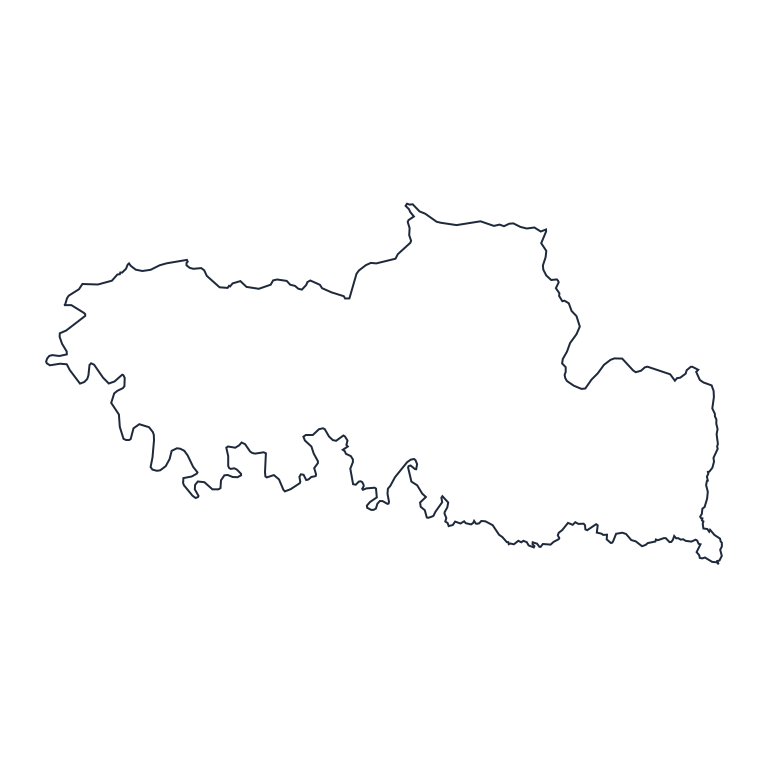 outline of Chililabombwe, Copperbelt, Zambia
{"feature_id": "96606910B40420728980339", "entity_name": "Chililabombwe", "entity_type": "district", "adm_level": 2, "iso_a3": "ZMB", "parent_name": "Zambia", "parent_adm1": "Copperbelt", "projection": "robinson", "projection_center": [27.886, -12.358], "detail": "fine", "context": "isolated", "style": "outline", "palette": "slate", "viewbox_px": 768, "rotation_deg": 0, "n_neighbors": 0, "source": "geoboundaries", "source_scale": "gbopen_adm2", "svg_char_len": 6093}
<svg xmlns="http://www.w3.org/2000/svg" viewBox="0 0 768 768"><path d="M698.2,369.8L692.4,366.8L690.8,366.8L686.7,370.2L685.6,373.7L680.2,377.7L677.1,378.1L674.9,380.7L670.2,374.3L647.5,366.7L644.9,367.3L640.9,370.8L635.7,372.2L633.2,370.5L622.2,358.6L614.4,358.4L610.6,359.8L604.0,364.8L597.8,373.3L591.5,379.6L585.3,388.5L581.5,388.9L573.8,385.7L566.9,381.0L565.3,378.2L564.6,374.9L565.7,371.9L565.7,367.2L562.1,363.4L562.8,359.0L567.0,351.6L570.1,343.0L576.5,334.2L579.8,326.6L576.5,316.1L571.6,311.0L568.8,303.3L564.5,300.7L562.3,301.2L559.1,295.9L559.4,293.3L555.9,288.2L558.7,282.3L558.0,280.7L556.8,279.4L551.2,280.0L546.3,275.5L543.3,269.7L542.9,265.4L545.6,257.3L546.3,250.9L541.2,243.2L546.1,231.5L546.0,229.5L540.7,231.5L534.4,227.5L526.7,228.5L520.4,226.9L513.4,223.4L509.3,223.7L504.0,226.2L499.6,224.6L493.9,225.9L480.5,221.3L456.6,225.1L441.1,222.8L436.7,221.8L425.2,213.7L419.5,211.4L412.7,204.3L409.6,204.6L407.0,203.7L405.6,205.9L409.0,209.2L410.2,212.0L413.9,216.5L408.6,220.0L407.7,222.0L409.6,228.1L409.2,235.2L411.1,240.8L410.3,242.8L397.8,254.2L395.5,258.7L376.3,263.4L370.8,262.9L365.8,265.2L359.0,270.4L356.5,273.8L349.4,298.4L345.1,298.5L343.8,296.2L331.6,292.4L322.1,288.2L319.9,284.8L310.3,280.5L307.4,282.1L306.2,285.0L301.9,289.6L298.4,288.8L295.0,285.9L290.2,284.7L286.7,280.9L277.1,279.5L273.1,280.4L270.7,284.7L258.8,288.8L246.5,286.9L240.4,281.1L232.6,283.4L230.1,286.4L229.1,285.8L227.6,287.9L219.6,287.3L206.8,275.9L204.2,270.3L201.2,268.1L193.4,268.8L189.8,267.9L186.5,265.3L186.5,263.0L187.7,261.7L186.9,259.9L166.7,263.3L159.6,265.3L150.6,269.8L142.4,271.0L135.8,269.7L130.7,265.8L129.0,263.4L127.7,264.6L126.0,268.8L122.1,272.6L120.3,272.5L119.8,274.2L117.4,274.5L111.9,280.7L97.9,284.5L82.4,284.0L79.0,289.2L68.7,295.7L67.0,298.3L65.1,304.7L64.0,305.1L71.3,305.1L83.9,312.9L85.2,314.1L85.2,315.9L66.2,330.5L59.8,333.3L59.6,336.7L62.0,343.7L66.7,351.5L66.8,354.4L59.3,356.0L52.4,355.1L49.3,355.9L47.1,358.6L46.1,361.7L46.9,363.4L49.9,365.3L60.1,363.7L66.8,364.3L69.8,370.1L80.0,383.6L84.3,382.0L87.2,379.0L88.4,375.5L89.5,365.0L91.1,363.3L94.1,364.7L103.0,377.6L108.8,383.5L114.5,381.5L122.2,374.7L123.3,375.1L124.7,377.9L124.4,386.3L122.8,388.2L117.4,390.8L114.2,393.4L111.2,402.9L118.9,414.5L119.8,426.9L123.5,438.8L126.0,440.0L129.2,440.0L130.7,439.0L133.5,428.3L139.3,424.2L149.0,427.2L152.8,432.0L153.8,434.8L154.0,440.3L152.5,457.4L150.6,467.0L152.4,469.6L156.9,470.8L160.2,470.3L165.7,466.2L169.6,459.1L171.7,450.8L176.9,448.3L180.2,448.7L184.3,450.8L187.7,455.5L193.1,466.8L197.5,472.4L196.7,473.7L191.7,476.5L183.4,478.1L183.1,483.0L183.9,485.2L192.4,495.6L195.6,498.0L198.1,497.0L198.5,495.9L194.8,489.3L195.1,484.9L197.8,481.5L204.4,482.2L212.4,489.3L218.5,489.3L220.5,488.1L221.0,480.3L224.4,475.3L227.7,475.0L232.7,477.0L237.5,477.2L241.1,475.3L241.0,473.8L236.9,469.6L234.3,468.3L230.7,468.9L229.2,468.1L228.2,466.0L228.2,456.2L226.3,447.7L228.0,446.5L235.3,447.7L239.2,445.3L241.6,442.5L245.1,444.2L250.1,451.5L252.3,453.0L255.1,453.6L263.7,452.3L265.9,453.3L265.0,472.2L265.4,476.4L266.7,477.4L273.9,475.1L279.0,479.4L283.4,489.8L284.9,491.4L290.6,489.2L299.8,483.2L300.3,481.6L299.4,476.9L300.9,474.3L303.6,474.8L306.2,480.0L308.4,479.5L311.3,477.0L315.6,476.1L316.1,474.5L314.2,468.1L317.9,463.1L317.9,461.2L313.7,453.5L311.4,446.5L304.9,440.5L303.4,436.7L305.8,435.0L312.8,435.0L319.0,429.2L323.0,428.3L324.7,429.1L329.0,436.5L332.8,440.1L336.1,440.8L343.4,435.5L345.0,436.5L347.5,440.6L346.4,444.9L347.8,446.5L342.8,449.8L344.8,451.2L345.9,453.8L350.8,456.1L352.9,459.4L352.9,462.1L350.3,468.7L353.1,484.2L355.8,484.7L358.8,481.6L360.6,481.3L362.1,482.0L363.5,484.5L363.7,486.2L362.2,488.8L362.9,489.8L366.4,488.4L374.7,487.7L376.0,488.6L376.8,497.4L370.0,502.0L366.9,505.6L367.2,507.8L371.2,509.9L373.5,509.9L375.9,508.6L377.4,503.7L379.9,501.0L382.6,501.1L387.5,503.9L388.6,503.5L389.0,501.8L387.5,493.8L387.9,488.7L390.3,485.9L395.0,477.2L407.2,462.1L410.9,459.6L414.1,459.0L415.5,460.2L417.1,464.1L416.2,469.2L415.0,469.1L410.6,465.5L408.6,466.1L408.1,467.6L411.4,481.6L417.2,485.3L422.2,493.6L425.9,497.0L420.1,502.5L420.7,506.8L424.8,510.2L426.8,517.5L428.4,517.8L432.1,516.5L433.5,515.8L435.4,511.8L442.2,502.2L441.4,497.7L442.4,496.2L448.2,502.5L447.3,507.4L444.7,512.0L444.5,513.6L446.3,518.0L445.3,521.5L447.6,523.0L448.7,526.1L452.8,525.0L455.1,521.6L460.5,523.5L464.1,521.3L465.8,523.2L471.1,524.4L473.2,522.9L474.1,520.9L475.9,523.6L477.0,523.8L479.2,523.3L481.3,521.0L485.4,521.3L492.7,525.2L499.0,534.7L502.4,537.1L506.8,542.1L508.3,542.1L508.8,544.2L510.3,543.5L513.9,544.3L518.3,540.8L521.3,542.3L523.4,540.8L526.8,542.2L528.6,545.4L533.8,547.4L534.4,546.2L532.5,544.1L532.7,542.3L537.1,543.7L539.4,546.8L540.6,546.9L542.9,544.0L550.6,544.6L553.7,541.8L558.7,539.2L559.3,538.1L557.8,535.4L558.7,532.8L562.2,530.1L568.0,522.9L572.7,524.8L575.3,522.2L578.3,523.9L583.6,523.7L585.0,525.2L585.4,529.4L587.2,530.2L596.1,524.2L597.7,525.3L596.8,532.6L601.6,533.7L603.1,534.9L607.0,534.7L606.7,539.4L610.9,543.0L612.3,542.6L613.2,541.1L616.1,533.8L622.3,532.7L626.1,534.0L631.2,540.0L635.8,541.4L642.0,546.2L645.7,544.9L647.7,543.1L655.4,541.5L655.9,539.5L657.9,540.2L663.9,538.1L665.7,538.1L669.5,542.1L671.3,541.9L672.9,539.8L674.2,536.0L676.2,538.3L678.3,538.2L680.6,539.6L683.3,539.3L685.5,540.8L691.3,541.6L695.6,539.7L697.2,540.6L698.6,543.8L700.5,544.3L696.6,552.1L699.2,555.2L699.8,557.9L702.3,558.4L704.9,557.5L712.2,561.9L716.9,562.3L718.6,564.3L717.3,561.0L719.5,560.5L721.8,555.8L720.2,549.8L721.9,546.4L721.8,542.6L720.7,541.5L720.0,538.6L714.5,535.0L710.1,529.8L709.2,531.7L707.3,529.0L703.4,528.5L702.7,523.8L703.4,521.4L702.0,520.5L702.4,518.4L701.1,518.3L700.2,516.7L701.8,513.9L702.4,508.7L704.6,507.0L707.1,498.7L707.8,491.7L706.1,485.1L706.9,481.0L707.8,480.7L706.9,476.6L708.3,473.8L707.9,471.9L709.4,471.6L712.4,467.7L714.0,461.7L713.5,457.8L717.7,448.8L717.1,446.5L717.9,444.0L716.6,434.1L717.6,429.1L716.3,423.8L716.4,419.5L714.9,416.3L714.9,413.9L712.3,408.4L713.9,397.1L713.6,390.9L711.6,385.4L703.3,382.4L699.8,379.9L696.2,371.9L698.2,369.8Z" fill="none" stroke="#1e293b" stroke-width="2"/></svg>